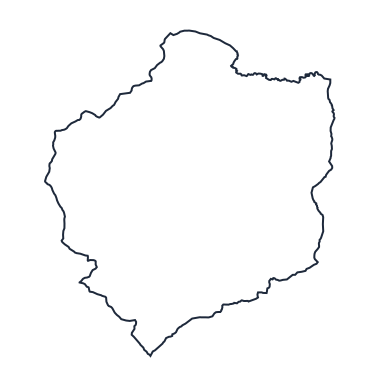 outline of Soveja, Vrancea, Romania, rotated 357°
{"feature_id": "2599482B26543167890011", "entity_name": "Soveja", "entity_type": "district", "adm_level": 2, "iso_a3": "ROU", "parent_name": "Romania", "parent_adm1": "Vrancea", "projection": "equal_earth", "projection_center": [26.665, 46.015], "detail": "fine", "context": "isolated", "style": "outline", "palette": "slate", "viewbox_px": 384, "rotation_deg": 357, "n_neighbors": 0, "source": "geoboundaries", "source_scale": "gbopen_adm2", "svg_char_len": 5869}
<svg xmlns="http://www.w3.org/2000/svg" viewBox="0 0 384 384"><g transform="rotate(357 192 192)"><path d="M313.9,268.6L311.2,265.5L310.7,264.0L310.9,261.5L311.2,259.9L312.0,258.1L314.7,255.3L316.0,253.6L316.1,252.4L316.0,250.4L316.1,249.6L316.9,248.1L316.9,246.5L317.9,245.5L318.5,244.5L321.0,238.1L321.0,231.0L321.7,224.0L321.2,221.8L319.4,220.4L319.2,219.6L317.4,217.3L316.4,215.3L316.3,214.9L316.6,214.2L316.1,213.4L316.1,212.1L315.2,210.9L315.5,209.9L313.6,208.3L313.6,207.6L313.0,206.8L312.2,204.7L311.3,199.0L313.0,193.7L315.4,192.5L318.3,190.6L319.5,189.5L320.8,188.8L325.1,184.0L326.2,183.8L326.8,182.0L327.8,180.7L330.0,178.1L332.2,176.9L333.3,175.3L333.3,173.4L330.5,168.7L332.2,165.3L332.3,164.3L332.8,163.2L333.1,158.3L334.0,156.4L334.0,153.2L333.6,150.9L333.9,149.8L334.8,147.5L334.9,146.4L334.4,144.4L333.9,143.7L334.3,141.3L333.6,138.3L333.9,134.8L337.1,127.8L337.9,126.5L338.2,125.4L337.6,124.5L337.4,123.6L337.8,122.1L337.7,120.8L336.5,119.3L336.4,118.8L337.7,117.6L336.7,115.9L336.4,113.1L336.1,112.9L336.2,112.2L335.3,110.5L334.6,109.7L334.1,107.1L333.1,106.1L332.9,105.1L332.8,98.4L333.2,96.1L335.0,92.7L335.8,90.4L336.0,86.9L330.0,85.6L327.6,82.5L326.1,81.6L324.7,81.4L324.0,80.8L323.8,79.8L323.2,78.9L322.2,78.7L321.4,79.1L320.5,80.7L320.8,81.8L320.1,82.5L319.6,82.2L319.3,81.5L318.0,79.8L317.0,79.4L315.8,79.8L315.3,80.9L315.0,82.1L314.7,82.3L313.1,82.2L313.0,81.5L313.7,80.5L311.7,80.5L311.4,81.1L311.6,82.3L311.5,83.1L310.8,83.6L309.3,83.7L307.8,83.0L305.9,83.0L305.5,83.5L305.3,84.5L306.2,84.9L306.2,85.5L305.3,86.6L305.0,87.9L303.8,88.5L299.1,86.4L297.0,87.1L294.6,85.9L292.7,85.8L292.3,85.0L290.6,83.6L290.3,83.6L290.2,84.3L289.8,84.7L288.1,84.7L286.3,85.6L285.7,85.5L284.8,84.7L283.8,84.8L283.6,84.5L283.7,83.7L282.4,83.5L281.8,82.8L281.3,82.8L280.3,83.8L277.9,83.2L277.4,83.3L276.5,84.3L274.8,84.0L271.9,82.0L272.2,80.8L271.8,80.3L271.8,80.0L272.5,79.4L272.2,78.7L270.5,78.2L269.4,79.7L268.6,79.7L268.5,79.3L268.8,78.7L268.6,78.1L266.5,77.4L264.4,77.2L262.8,78.0L261.8,76.8L260.8,76.6L260.2,76.9L259.1,78.1L258.0,78.1L257.4,77.7L256.4,78.1L254.5,77.2L254.1,77.4L253.3,78.6L252.6,79.1L250.1,78.1L247.9,78.3L247.6,78.1L247.4,77.1L246.6,76.4L244.1,76.3L242.4,75.0L242.3,74.5L243.3,73.4L242.4,72.5L242.9,71.6L242.7,71.3L241.1,70.3L239.6,70.1L239.3,69.1L238.3,69.1L237.7,68.4L237.6,68.1L239.9,66.3L240.3,65.0L241.1,63.7L242.8,61.6L244.1,61.4L244.3,61.0L244.2,59.6L244.7,59.0L244.7,58.3L245.1,57.7L244.5,56.6L244.8,55.9L244.2,54.7L244.1,53.9L243.4,53.8L240.6,50.5L237.6,47.6L233.0,45.2L227.6,41.6L221.7,39.3L218.9,37.2L216.7,36.4L215.3,35.6L208.2,33.9L203.8,31.9L197.9,30.7L192.8,30.5L188.6,31.3L187.4,32.2L185.3,33.3L181.6,34.3L178.7,32.3L173.1,37.7L172.7,38.5L172.2,41.0L171.7,41.7L168.2,44.0L168.1,44.4L168.4,45.1L170.6,47.9L171.3,49.7L171.5,54.8L170.9,57.5L169.3,59.7L168.2,60.7L167.1,61.1L163.8,63.4L161.3,66.4L157.5,68.1L156.3,69.7L155.9,71.4L155.8,72.8L156.5,74.2L157.3,75.2L157.6,76.4L157.5,78.1L157.1,78.9L151.9,79.3L149.2,80.8L148.0,81.0L144.7,82.7L140.9,82.8L139.1,83.2L137.8,84.6L137.2,86.1L137.0,87.5L135.3,89.7L125.3,90.5L123.5,93.4L123.1,95.0L120.4,98.1L118.8,100.9L117.2,101.9L115.1,103.9L110.3,106.5L107.2,110.1L103.9,112.6L103.2,112.8L101.2,111.9L99.9,111.0L99.4,110.1L96.5,108.1L93.9,106.9L90.2,105.7L88.9,106.2L85.9,108.2L85.4,109.2L85.3,110.9L84.8,112.4L84.4,113.2L83.3,114.1L81.6,114.2L79.4,115.4L75.1,117.1L72.0,119.6L70.3,121.8L68.9,122.6L67.6,123.1L65.2,123.4L64.0,123.9L59.4,123.8L58.8,124.1L58.2,124.9L58.1,125.7L58.4,128.8L58.2,130.6L57.2,133.2L56.0,135.1L55.9,137.4L55.6,138.4L56.1,141.4L57.8,145.3L57.8,146.0L57.5,146.9L54.1,152.0L53.7,153.7L52.5,155.1L51.5,155.9L51.2,156.5L50.9,158.6L51.2,160.7L50.5,164.3L47.3,169.2L45.8,173.5L46.2,174.5L47.6,175.8L48.1,176.6L50.1,177.5L51.5,179.1L52.3,180.9L52.7,182.8L54.2,186.4L55.4,188.1L56.3,190.9L56.8,193.3L58.0,196.4L59.8,199.8L61.0,201.1L61.7,203.2L62.7,204.6L63.2,206.4L63.8,210.0L63.2,211.6L63.0,213.0L63.0,216.8L62.7,221.5L61.5,224.2L61.0,227.9L61.0,231.7L59.3,233.7L59.5,234.6L60.0,235.4L62.2,237.6L65.9,240.4L66.8,242.3L71.2,245.4L71.9,246.3L73.5,247.0L77.3,247.8L82.2,249.8L84.5,250.2L84.7,251.3L84.3,254.8L84.6,255.3L86.7,254.6L90.3,254.9L91.7,255.6L92.2,256.2L92.0,259.4L93.0,262.0L91.7,263.5L88.7,264.8L86.9,267.4L85.5,270.6L84.8,271.3L82.8,271.9L80.5,272.1L79.0,272.8L78.3,273.3L76.9,275.0L75.0,276.4L75.0,276.5L78.6,277.5L80.2,278.4L82.0,281.1L83.0,281.4L83.8,281.9L84.3,285.0L84.5,285.9L84.8,286.2L87.8,286.8L92.2,289.1L96.0,290.4L96.8,291.0L100.0,292.1L100.7,293.0L100.8,297.1L102.1,300.5L102.9,301.5L105.1,302.5L105.9,303.3L106.5,304.2L108.5,308.4L110.5,310.8L112.8,312.8L114.7,315.3L119.5,316.9L123.1,317.5L128.4,316.9L129.4,318.8L129.2,320.7L128.7,321.9L127.4,323.0L127.4,325.7L124.6,329.5L124.3,331.4L126.4,333.6L131.9,340.7L132.5,341.9L135.3,344.9L136.0,347.1L138.3,349.1L139.4,351.3L141.0,352.2L141.9,353.5L144.5,349.2L146.7,348.2L154.6,341.9L155.4,340.7L156.6,339.8L158.5,336.5L161.3,335.4L163.0,335.3L164.7,334.7L164.9,333.1L167.2,332.3L168.7,331.2L170.3,328.2L171.2,327.3L172.7,326.2L174.4,325.6L175.4,324.6L178.6,323.1L185.5,318.4L192.9,317.5L202.2,318.1L205.9,317.2L207.9,314.5L209.4,313.4L210.8,313.2L214.0,313.3L214.9,312.3L215.1,311.4L215.6,311.0L216.3,308.7L216.3,307.1L217.4,306.0L222.5,306.4L224.4,305.9L225.5,305.9L227.8,305.5L228.3,304.9L231.1,305.5L232.8,304.1L234.3,304.0L235.7,302.9L236.1,302.8L238.2,303.6L242.2,303.7L242.7,304.3L250.3,302.0L252.4,300.8L252.1,299.4L252.0,297.7L252.7,295.7L256.4,295.9L257.6,296.5L261.2,296.8L261.6,295.3L262.2,292.2L263.8,291.6L264.5,290.7L264.9,288.0L264.4,286.4L264.5,284.9L266.2,282.9L267.9,283.5L268.1,283.4L268.3,282.5L269.2,282.2L270.2,282.7L271.3,283.9L273.0,284.3L274.4,285.1L275.9,285.0L278.1,284.5L282.2,284.3L288.2,280.0L290.7,280.1L293.0,277.8L297.4,277.4L301.2,276.7L302.4,274.8L305.5,273.8L309.9,271.1L312.6,270.2L313.9,268.6Z" fill="none" stroke="#1e293b" stroke-width="2"/></g></svg>